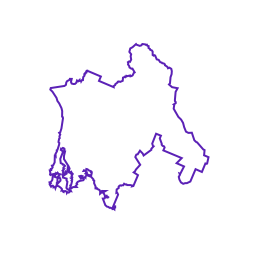 the district of Dunedin City, Otago, New Zealand, rotated 113°
{"feature_id": "76426892B14381320629181", "entity_name": "Dunedin City", "entity_type": "district", "adm_level": 2, "iso_a3": "NZL", "parent_name": "New Zealand", "parent_adm1": "Otago", "projection": "natural_earth1", "projection_center": [170.467, -45.641], "detail": "fine", "context": "isolated", "style": "outline", "palette": "violet", "viewbox_px": 256, "rotation_deg": 113, "n_neighbors": 0, "source": "geoboundaries", "source_scale": "gbopen_adm2", "svg_char_len": 5954}
<svg xmlns="http://www.w3.org/2000/svg" viewBox="0 0 256 256"><g transform="rotate(113 128 128)"><path d="M139.5,49.7L139.6,42.8L130.4,42.9L130.2,41.5L129.7,41.3L123.4,42.5L123.4,47.3L118.4,48.9L118.3,50.4L114.2,58.8L114.3,59.6L113.4,62.1L107.4,67.4L108.9,70.5L108.7,73.2L105.3,76.6L101.8,79.3L99.5,82.4L98.1,86.0L92.4,93.5L88.5,94.5L88.4,95.1L86.5,93.8L85.5,94.2L84.9,95.3L84.1,95.7L76.1,98.3L72.0,97.9L73.2,103.4L71.9,107.3L70.5,106.8L64.6,108.7L61.4,108.9L58.5,109.9L56.6,111.3L56.3,113.5L57.4,114.5L56.3,115.7L55.8,118.5L55.0,118.9L54.6,120.3L55.0,121.8L54.6,122.4L54.8,124.1L53.3,126.4L53.6,128.4L50.7,131.3L50.7,132.3L51.4,132.7L51.2,133.8L48.0,135.2L47.3,136.3L47.3,138.2L46.7,138.6L46.3,140.4L44.6,141.0L44.7,142.3L43.9,143.2L44.5,144.1L44.3,144.8L45.1,147.6L46.7,148.0L47.8,149.3L48.0,152.7L47.6,153.4L51.9,155.4L53.9,157.0L57.4,156.5L58.9,153.9L60.9,153.6L63.8,151.8L66.3,152.0L66.3,153.0L67.5,153.8L68.4,153.0L69.5,152.8L70.6,151.0L71.7,150.3L72.1,148.0L71.6,147.1L74.2,143.6L75.0,144.2L77.7,144.3L78.6,144.9L79.3,145.7L78.9,146.2L79.5,146.5L79.2,147.2L80.4,148.6L80.6,149.9L81.4,149.8L81.7,150.7L82.3,150.6L82.3,151.0L83.6,152.3L86.6,151.3L88.6,153.2L88.7,154.6L89.4,155.5L90.0,155.3L92.6,156.8L93.5,156.6L95.2,157.7L96.0,157.2L96.0,173.1L91.2,173.1L91.2,186.7L91.6,187.4L91.1,187.8L91.4,188.3L92.7,188.1L92.6,188.5L94.3,188.5L94.2,188.9L95.5,189.3L96.8,188.5L98.6,189.1L101.5,188.2L101.9,189.1L103.4,189.3L102.9,189.7L103.6,191.0L102.8,191.4L104.6,192.2L104.2,193.5L106.6,193.3L108.1,194.0L108.8,195.3L109.1,197.2L107.9,198.5L104.8,199.0L105.5,200.7L106.3,200.5L108.7,202.4L110.2,202.6L112.5,202.0L114.1,202.9L121.4,214.7L123.0,214.5L124.1,211.7L128.2,205.6L130.7,203.5L132.2,201.0L135.7,197.0L138.1,195.2L143.3,193.1L143.4,192.4L144.3,191.7L154.4,189.1L158.5,188.7L159.3,189.5L160.5,187.8L162.4,187.9L164.0,186.9L164.7,187.2L167.4,186.7L168.2,186.4L168.6,185.4L170.2,184.9L175.6,184.4L176.4,184.9L177.2,184.3L180.2,184.6L181.4,184.0L181.2,184.3L181.7,184.7L188.3,182.1L191.7,182.3L192.4,183.3L193.7,182.0L195.2,182.2L195.8,183.0L196.8,182.3L197.5,183.5L199.7,181.9L201.3,181.6L201.6,181.0L200.1,179.5L200.2,178.3L199.3,178.3L198.7,177.5L198.3,176.6L198.6,176.1L198.1,175.7L197.6,176.1L197.6,175.5L196.7,175.3L197.4,174.1L197.1,172.4L200.8,173.7L201.5,174.7L201.6,176.3L199.3,176.8L200.6,177.9L200.5,178.8L205.3,177.4L207.6,177.8L208.6,178.9L209.2,177.6L210.0,178.3L210.5,178.1L212.1,175.9L210.9,175.5L210.5,174.6L210.8,173.8L211.8,173.4L210.8,172.0L211.7,171.3L207.0,171.5L206.5,172.1L205.3,171.9L202.2,173.1L201.0,172.6L200.8,171.6L200.4,171.4L201.6,170.1L202.9,169.6L206.8,171.1L209.0,171.1L208.7,169.0L209.3,166.5L210.0,165.0L211.5,164.7L211.0,164.2L212.1,162.6L212.1,162.2L211.2,162.4L210.5,160.9L210.7,159.1L211.3,159.1L211.6,158.9L211.0,158.8L210.6,157.3L208.5,156.3L208.4,155.8L207.9,156.4L208.4,157.5L207.5,158.0L208.1,158.8L208.0,159.9L207.2,161.3L201.1,162.8L200.3,164.1L198.6,164.7L199.0,168.6L196.6,169.5L196.0,169.0L196.4,168.3L194.1,166.8L193.8,167.7L195.6,169.9L194.3,169.7L193.8,170.1L193.9,170.6L192.4,170.9L192.5,171.4L190.9,170.9L191.1,171.5L189.7,172.0L187.5,171.2L186.8,173.0L187.2,173.8L186.6,174.4L186.6,176.2L182.9,178.3L175.8,178.5L174.9,178.9L175.1,179.2L173.6,181.3L171.8,180.2L171.7,179.2L172.4,178.6L171.5,178.6L174.1,177.3L173.7,177.3L175.1,177.2L174.7,176.7L178.8,176.0L181.6,174.8L186.5,167.7L187.5,168.2L188.0,167.5L187.3,167.0L188.0,166.0L189.4,165.8L189.9,166.2L189.6,167.5L190.1,167.4L191.0,166.3L191.0,165.7L191.9,165.7L191.9,164.6L191.1,164.7L191.8,163.4L191.3,163.7L191.1,163.4L191.5,163.4L190.9,163.2L191.8,162.5L191.4,161.9L191.9,160.9L194.5,161.2L195.1,160.0L195.7,159.9L196.4,160.7L196.7,159.6L197.5,159.1L198.4,159.5L199.0,158.7L202.8,158.1L203.5,158.7L205.0,157.6L206.2,158.1L206.7,158.8L206.5,158.1L205.0,157.2L205.6,156.6L203.8,155.4L202.4,152.2L201.7,153.5L199.6,152.8L199.1,153.7L197.3,153.3L195.6,151.8L193.5,148.7L192.4,148.6L191.6,149.4L191.6,150.2L192.6,151.5L191.9,151.6L192.3,152.5L191.4,153.9L190.4,152.6L190.8,151.9L190.2,151.7L190.1,151.0L192.0,150.8L191.5,150.2L191.5,149.6L189.9,148.2L190.1,147.8L189.2,148.1L186.8,147.5L186.1,147.9L186.7,148.0L186.6,149.3L185.4,148.9L183.9,150.4L182.6,149.9L182.0,150.2L181.8,149.1L182.3,147.8L182.3,145.2L183.1,145.0L183.4,144.2L183.1,144.0L183.4,143.8L185.7,143.4L186.5,145.0L186.6,147.1L187.5,146.5L187.3,142.9L188.8,139.8L189.6,139.5L189.7,138.5L192.1,137.6L194.4,135.1L195.9,134.5L195.5,134.1L196.2,133.4L195.6,132.8L196.2,131.6L196.1,130.2L197.4,128.7L199.4,128.0L198.7,127.6L197.0,128.3L196.1,127.3L194.8,124.1L196.7,125.5L196.7,126.7L197.6,127.9L197.2,126.3L197.8,124.6L199.0,123.1L200.8,122.1L200.5,121.3L198.9,121.1L199.4,119.2L199.9,119.4L199.8,120.2L200.9,120.0L199.8,120.7L200.3,120.8L201.0,122.0L202.0,122.1L202.8,123.6L207.9,118.7L208.6,116.6L208.3,115.2L208.7,113.8L208.2,113.0L208.4,111.4L208.0,110.5L208.5,110.3L208.0,109.6L208.2,108.8L207.3,109.2L207.5,109.6L206.3,108.7L205.2,109.2L206.3,111.0L193.2,111.1L191.8,112.6L191.6,113.0L192.1,113.4L189.0,114.4L186.8,113.1L185.6,113.7L184.5,113.3L183.8,112.7L183.8,111.8L183.1,111.2L182.6,110.0L180.8,109.8L181.0,108.2L180.5,107.3L180.9,106.5L179.6,103.5L179.4,102.2L179.8,101.7L179.1,101.1L179.9,101.2L179.3,100.4L167.5,100.4L166.6,105.4L165.1,104.6L163.2,104.5L157.1,102.4L151.9,109.9L150.2,110.0L149.2,109.9L148.4,108.8L144.2,108.1L145.8,104.4L147.2,102.9L139.0,98.0L138.0,98.4L134.9,97.3L134.9,97.9L132.9,99.6L122.3,99.9L122.2,94.7L125.1,94.7L129.3,90.8L130.2,90.5L130.9,89.2L130.8,87.7L131.6,86.7L134.8,86.7L134.7,66.8L141.4,69.5L141.5,61.4L149.8,62.0L149.8,62.8L150.8,61.9L153.1,62.2L155.4,60.5L157.4,58.0L157.8,55.4L156.4,53.8L155.7,52.2L152.9,49.7L139.5,49.7ZM183.7,150.5L184.6,151.5L184.9,152.1L184.1,152.0L184.1,151.1L183.7,151.5L183.9,151.1L183.7,150.5ZM173.8,181.4L174.1,180.8L175.2,181.1L173.8,181.4ZM193.4,167.7L191.9,167.3L192.6,167.6L192.5,168.0L193.4,167.7ZM191.4,166.4L191.2,166.8L191.5,167.1L191.4,166.4Z" fill="none" stroke="#5b21b6" stroke-width="2"/></g></svg>